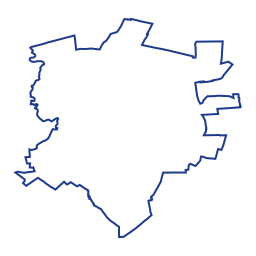 Rēzekne, Rezekne, Latvia (Equal Earth projection)
{"feature_id": "27541924B24417466951729", "entity_name": "Rēzekne", "entity_type": "district", "adm_level": 2, "iso_a3": "LVA", "parent_name": "Latvia", "parent_adm1": "Rezekne", "projection": "equal_earth", "projection_center": [27.335, 56.508], "detail": "fine", "context": "isolated", "style": "outline", "palette": "blue", "viewbox_px": 256, "rotation_deg": 0, "n_neighbors": 0, "source": "geoboundaries", "source_scale": "gbopen_adm2", "svg_char_len": 5476}
<svg xmlns="http://www.w3.org/2000/svg" viewBox="0 0 256 256"><path d="M119.1,237.1L123.6,236.8L133.9,229.7L135.9,228.2L141.7,223.4L143.3,221.9L147.6,218.6L151.6,215.0L150.4,212.0L150.2,210.1L148.4,200.7L149.2,200.5L151.7,200.2L152.1,199.2L151.7,199.0L151.1,198.2L151.6,197.8L151.1,196.8L153.4,194.8L155.1,191.9L155.7,190.7L158.3,186.3L159.8,183.5L161.0,181.2L161.1,180.2L161.5,178.6L162.9,173.3L163.2,172.6L185.9,172.5L185.6,169.9L186.9,169.8L188.3,169.8L188.8,165.2L189.1,165.0L190.2,163.8L195.5,166.0L200.2,160.7L201.0,156.6L202.9,156.7L206.5,158.1L215.3,158.8L215.9,157.1L218.1,149.0L221.3,149.9L223.2,145.7L226.1,135.3L219.8,135.4L219.6,135.1L218.8,135.0L210.9,135.2L203.9,135.3L204.8,133.2L205.2,132.8L205.4,132.7L205.8,131.7L206.1,130.6L205.9,130.2L205.9,129.2L206.3,129.2L206.4,127.8L206.0,127.0L206.0,126.4L205.8,125.6L205.7,124.3L205.3,121.8L204.8,120.0L204.4,119.0L203.7,117.5L203.2,116.8L201.9,114.9L213.8,114.2L218.2,113.9L217.3,108.9L240.1,107.3L239.9,106.4L240.6,106.3L240.1,104.9L239.7,103.1L239.1,101.0L239.2,100.1L239.3,100.0L239.4,99.2L239.2,97.7L238.5,97.6L238.6,95.0L238.6,94.6L238.2,94.2L233.2,94.2L233.4,97.5L233.5,98.0L232.4,97.6L231.0,96.8L229.3,96.2L218.6,95.7L214.5,96.1L212.7,96.1L211.0,96.1L210.0,96.4L207.6,96.2L205.9,97.6L205.0,98.8L203.9,99.8L203.2,101.2L202.7,102.5L202.1,103.0L201.2,103.5L200.2,103.7L198.6,100.7L197.1,95.7L196.3,90.2L195.3,82.8L199.3,81.8L202.5,81.5L201.7,82.3L206.1,82.0L212.7,81.0L212.5,80.4L218.1,79.4L221.2,78.5L222.5,77.3L223.5,75.4L232.5,64.5L228.3,61.7L220.9,63.7L221.7,58.3L222.7,41.4L196.5,41.7L195.9,42.4L195.4,43.3L195.0,44.5L195.5,46.5L195.8,55.5L195.7,55.7L195.5,57.6L192.8,57.6L192.9,56.3L166.9,50.1L162.3,49.1L155.7,47.9L142.0,45.0L144.8,39.3L146.0,38.0L148.0,34.3L147.0,34.1L147.5,33.1L149.5,29.6L152.4,23.8L150.8,23.4L139.7,21.1L135.9,20.0L130.9,18.9L130.7,19.9L127.9,19.3L127.7,19.7L124.8,19.0L124.1,19.3L123.6,20.6L121.2,25.7L118.4,30.3L117.3,31.6L117.1,32.0L111.1,33.8L110.3,34.3L109.2,36.6L105.9,41.1L104.6,41.7L104.0,42.2L101.9,45.0L99.7,49.5L91.0,48.5L85.6,49.0L80.3,48.9L76.1,49.7L74.9,38.1L74.4,35.5L50.7,41.7L47.0,42.6L46.4,43.0L41.5,44.4L30.9,47.1L30.3,47.7L30.8,48.6L31.9,49.3L32.4,49.9L32.8,50.6L32.9,51.1L32.3,51.6L31.9,52.4L32.1,52.8L32.5,53.2L34.3,53.9L34.8,54.4L35.2,55.0L35.3,55.7L35.1,56.4L34.4,57.0L33.6,57.4L32.4,57.7L31.1,57.7L30.5,57.9L30.0,58.4L29.7,59.1L29.8,59.8L30.0,60.4L30.9,61.0L32.0,61.6L32.9,61.8L34.3,61.9L35.9,61.6L37.2,61.3L38.3,61.1L39.6,61.1L41.7,61.3L42.2,61.5L43.1,62.1L43.6,62.6L43.9,63.3L44.1,64.0L44.0,64.4L43.1,64.9L42.1,65.3L40.3,67.7L40.3,68.5L40.7,69.2L40.6,69.8L39.4,72.5L39.4,74.5L39.3,75.5L39.1,76.0L38.8,76.5L38.9,76.9L39.1,77.6L39.4,78.5L39.5,79.0L39.3,79.4L38.1,80.0L36.5,80.5L35.9,80.7L35.3,81.7L34.9,82.8L34.2,83.9L33.9,84.4L33.7,85.0L33.3,85.4L32.8,85.7L32.0,85.6L31.6,86.3L31.9,87.1L32.8,87.8L32.6,88.9L32.3,89.8L31.8,90.5L31.4,90.6L30.9,91.5L30.4,92.8L30.4,93.8L30.8,94.5L30.9,95.2L30.5,96.2L30.8,96.7L31.9,97.0L33.2,97.4L34.1,97.9L34.4,98.2L34.6,98.7L34.6,99.9L34.4,100.6L34.2,101.0L33.5,101.1L32.7,100.8L32.0,100.5L31.4,100.6L31.1,100.8L31.2,101.3L31.3,102.0L31.1,102.8L31.1,103.4L30.9,103.7L30.6,104.0L30.7,104.3L32.2,104.1L32.9,104.2L33.4,104.3L33.7,104.8L34.1,105.1L34.6,105.1L35.0,105.0L35.4,104.8L35.5,104.2L36.2,104.1L36.9,104.2L37.4,104.4L37.6,104.7L37.4,105.2L37.1,105.8L36.3,106.9L35.4,107.5L34.9,108.0L35.0,108.3L35.3,108.5L36.9,109.0L37.3,109.5L37.6,109.9L37.8,110.4L37.8,111.0L37.1,113.8L37.1,114.7L37.2,115.2L37.6,115.9L39.3,118.0L39.8,118.5L41.2,119.5L41.9,120.1L42.3,120.6L42.7,120.9L43.4,121.1L43.9,121.1L44.7,121.0L47.0,119.9L48.4,119.6L48.8,119.7L49.1,119.8L49.4,120.0L50.3,120.7L51.3,121.2L51.7,121.3L52.1,121.1L52.8,120.6L56.5,118.2L56.9,118.1L57.3,118.1L57.7,118.2L58.0,118.4L58.1,118.7L58.1,119.2L57.2,120.7L57.1,121.1L57.1,121.4L57.2,121.7L57.4,122.3L57.6,122.9L57.5,123.8L57.1,124.5L56.0,125.6L55.7,126.1L55.7,126.4L55.8,126.9L56.0,127.5L56.7,128.1L57.4,128.2L57.0,129.4L55.9,129.5L55.0,129.5L52.9,129.1L52.2,130.2L51.8,131.0L50.4,133.9L49.4,136.4L47.8,138.9L45.2,140.6L43.8,140.9L38.5,144.0L37.0,145.3L36.8,145.5L36.8,145.8L36.8,148.3L36.7,148.5L32.0,150.0L31.7,150.0L29.4,149.4L29.8,157.0L25.5,157.2L25.6,157.8L26.3,160.4L27.1,163.5L30.1,163.4L29.9,165.7L29.7,166.5L29.7,167.5L31.8,167.6L33.1,167.8L33.3,167.8L33.4,167.7L34.6,171.3L26.9,172.4L24.7,172.6L24.0,172.8L17.6,171.7L15.4,172.5L24.7,179.4L24.8,180.7L23.0,183.1L26.2,185.8L37.9,177.8L41.4,180.2L43.5,181.3L44.9,182.7L51.6,187.4L53.0,188.0L55.4,189.6L57.3,187.9L57.7,187.4L64.1,181.7L66.4,184.0L66.8,184.3L67.2,184.5L67.4,184.4L70.7,182.2L72.9,183.6L74.9,185.0L77.3,186.4L79.7,184.9L82.1,186.6L82.8,186.9L83.1,187.2L85.1,188.7L86.1,189.1L87.9,190.2L87.7,190.7L88.0,191.0L88.3,191.1L88.4,191.4L88.5,192.0L88.3,192.4L88.3,192.8L88.3,193.8L88.1,194.0L88.0,194.4L88.3,194.8L88.9,195.5L88.4,195.7L88.5,196.0L88.3,196.5L89.1,196.9L89.1,197.0L89.5,197.1L89.3,197.4L88.9,197.4L88.9,197.5L89.5,197.8L89.5,198.0L89.7,198.3L90.1,198.3L90.1,198.7L90.2,198.9L90.0,199.0L90.6,199.2L91.0,199.4L91.2,200.2L91.5,200.5L91.4,200.8L92.1,201.5L92.4,202.0L92.7,202.4L92.8,202.8L93.0,203.2L93.5,203.5L93.3,203.8L93.5,204.3L93.8,204.4L93.8,204.8L93.9,205.1L94.2,205.1L94.3,205.6L94.8,205.8L95.0,206.0L95.5,206.3L96.1,206.4L97.2,206.8L97.7,207.2L97.8,207.4L99.5,208.5L100.1,208.5L100.7,208.9L101.2,209.4L102.3,211.0L104.9,214.4L106.0,216.0L106.7,217.0L108.8,219.2L111.4,221.5L113.2,222.5L115.7,224.5L118.2,226.2L119.0,226.8L119.1,237.1Z" fill="none" stroke="#1e3a8a" stroke-width="2"/></svg>